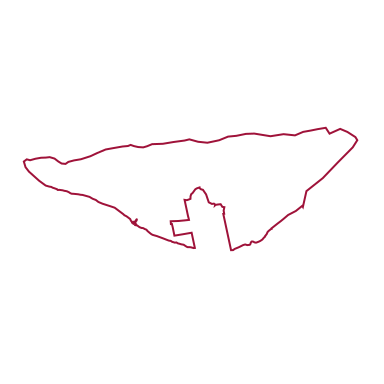 outline of 'Eua Prope, Eua, Tonga, rotated 268°
{"feature_id": "48082658B54870744689581", "entity_name": "'Eua Prope", "entity_type": "district", "adm_level": 2, "iso_a3": "TON", "parent_name": "Tonga", "parent_adm1": "Eua", "projection": "natural_earth1", "projection_center": [-174.946, -21.37], "detail": "fine", "context": "isolated", "style": "outline", "palette": "rose", "viewbox_px": 384, "rotation_deg": 268, "n_neighbors": 0, "source": "geoboundaries", "source_scale": "gbopen_adm2", "svg_char_len": 3385}
<svg xmlns="http://www.w3.org/2000/svg" viewBox="0 0 384 384"><g transform="rotate(268 192 192)"><path d="M136.0,192.9L151.3,190.2L150.1,181.5L149.0,172.9L157.4,171.5L160.7,170.8L160.7,169.8L163.5,169.7L163.5,170.3L163.5,173.1L163.5,176.0L163.5,177.4L163.9,183.9L164.2,188.0L165.9,187.7L168.0,187.2L171.9,186.5L172.0,186.5L184.4,184.3L184.0,186.5L184.5,188.2L185.2,190.2L187.8,190.4L189.8,191.1L191.0,192.6L194.6,195.4L195.5,197.0L196.3,199.7L195.5,199.8L194.4,201.1L193.8,203.0L189.1,206.0L181.1,208.4L179.4,211.5L179.6,213.5L178.7,214.7L177.8,214.5L178.3,215.1L178.6,217.3L178.8,220.2L176.1,221.8L175.7,223.8L172.8,223.1L172.2,223.0L169.1,223.4L169.0,222.5L162.9,223.6L132.5,229.0L132.5,231.1L132.8,231.5L133.6,232.6L134.7,235.6L135.1,236.7L136.0,238.7L137.2,241.3L137.7,243.3L137.0,245.4L137.2,247.8L137.5,248.2L138.1,248.6L139.1,248.9L140.2,249.6L140.5,250.2L140.2,251.6L139.5,252.6L139.2,253.8L139.2,254.5L140.0,256.9L140.7,258.5L142.0,260.6L144.0,262.4L144.9,263.5L145.4,263.5L147.2,265.1L149.3,266.1L150.4,267.2L152.2,269.6L152.4,270.3L152.9,270.2L157.6,276.6L159.7,279.6L161.9,282.5L165.7,287.3L169.4,295.1L174.3,301.7L173.2,302.3L188.9,306.4L201.3,323.2L216.4,338.7L231.0,354.2L238.0,359.0L241.2,357.2L246.6,349.4L249.9,342.3L245.5,331.5L251.5,327.9L250.4,319.6L249.3,313.0L248.2,305.2L245.0,296.9L246.6,285.5L245.0,272.4L248.2,256.3L248.2,247.9L246.6,238.3L246.1,230.0L242.8,221.0L242.3,218.3L240.7,209.1L242.0,199.8L244.7,191.2L243.7,186.4L242.6,175.3L241.2,164.6L241.2,161.3L241.2,153.8L239.3,148.7L238.3,144.8L238.8,139.8L239.9,135.6L241.2,132.3L240.2,129.6L239.9,124.2L238.5,114.1L237.5,107.2L234.2,98.5L231.3,91.7L228.6,82.1L227.7,75.2L226.4,69.5L224.5,66.6L225.0,62.7L227.2,59.4L230.2,55.8L231.8,51.0L231.5,47.1L231.5,42.3L230.7,36.7L229.4,31.3L230.4,28.0L228.3,25.0L222.6,26.5L218.0,29.8L213.5,34.5L208.6,39.6L204.0,45.4L203.5,46.1L202.4,49.5L202.0,51.5L201.1,53.0L200.7,54.2L199.5,57.2L198.8,57.7L198.7,58.5L198.8,59.3L198.2,62.8L197.6,64.6L197.4,65.8L197.0,67.2L196.0,69.1L195.1,70.3L194.5,71.6L194.3,73.7L193.7,78.2L193.1,80.7L192.9,82.5L190.7,89.4L188.7,92.5L187.4,95.6L185.3,98.1L183.4,102.2L180.4,110.5L179.0,114.2L172.3,122.5L171.4,123.4L171.1,123.6L170.9,124.1L170.0,125.7L169.3,126.6L167.1,129.3L165.5,129.9L165.0,130.3L164.5,130.9L164.3,131.1L163.6,130.9L163.4,131.0L163.1,131.5L162.8,132.0L162.5,132.3L162.3,132.3L162.2,132.5L162.3,132.6L162.6,132.5L162.8,132.6L163.2,132.0L164.2,132.8L164.1,133.0L164.3,133.1L164.4,133.7L164.4,134.2L164.5,134.2L164.7,134.4L164.8,134.5L165.0,134.6L165.4,134.8L165.7,135.1L166.2,135.3L166.6,135.7L166.6,135.8L166.4,135.9L165.9,135.8L165.1,135.4L164.5,134.7L163.1,134.2L162.8,134.4L162.5,134.4L162.1,134.6L161.8,134.9L161.7,135.0L161.2,134.9L161.3,134.2L160.9,134.1L160.6,135.2L160.6,135.8L160.4,136.0L160.2,136.4L159.8,136.9L159.6,137.2L159.2,137.6L158.7,138.4L158.4,138.9L158.3,139.3L158.2,139.4L158.1,139.7L157.8,140.4L157.8,140.8L157.6,141.9L157.3,142.5L156.7,143.3L156.3,144.3L156.1,144.8L155.4,145.6L154.6,146.1L153.8,147.0L152.8,148.1L151.5,149.6L150.6,151.0L149.9,153.1L149.2,155.3L146.7,161.4L144.5,166.5L144.1,167.6L144.0,168.7L143.5,169.7L142.8,170.5L142.6,171.4L142.3,172.2L142.0,173.0L142.1,174.7L141.1,176.2L140.8,177.4L140.1,179.4L139.6,181.8L138.5,183.3L138.2,183.7L137.4,184.9L137.0,185.9L137.0,187.4L136.8,188.8L136.7,189.2L135.9,191.7L136.0,192.9Z" fill="none" stroke="#9f1239" stroke-width="2"/></g></svg>